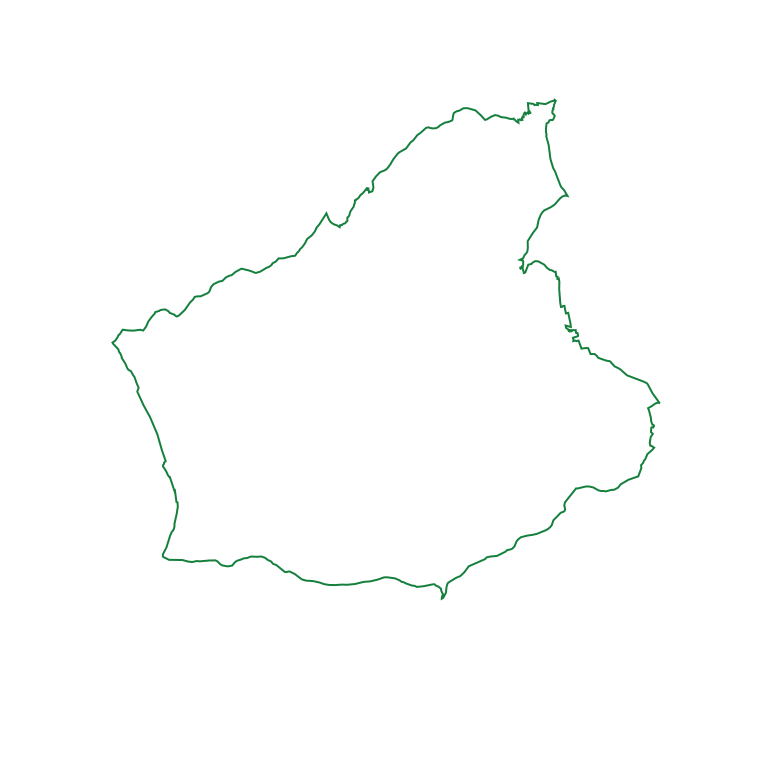 the district of Bustuchin, Gorj, Romania, rotated 66°
{"feature_id": "2599482B71517510314542", "entity_name": "Bustuchin", "entity_type": "district", "adm_level": 2, "iso_a3": "ROU", "parent_name": "Romania", "parent_adm1": "Gorj", "projection": "robinson", "projection_center": [23.713, 44.971], "detail": "fine", "context": "isolated", "style": "outline", "palette": "green", "viewbox_px": 768, "rotation_deg": 66, "n_neighbors": 0, "source": "geoboundaries", "source_scale": "gbopen_adm2", "svg_char_len": 6165}
<svg xmlns="http://www.w3.org/2000/svg" viewBox="0 0 768 768"><g transform="rotate(66 384 384)"><path d="M603.6,418.5L603.4,416.8L599.8,412.3L594.8,409.4L592.7,407.7L591.6,406.1L590.4,397.2L590.5,392.3L588.6,387.1L585.0,380.7L585.1,363.0L584.3,361.2L584.2,360.1L585.1,356.3L587.0,350.8L586.6,341.3L585.8,339.0L586.5,336.2L586.6,333.8L585.4,330.8L581.4,326.6L580.3,323.9L579.7,321.1L580.8,314.7L582.3,309.3L583.1,305.2L583.4,295.5L583.1,292.7L581.9,289.4L581.1,288.1L577.4,284.7L573.5,274.9L573.7,271.8L573.4,270.7L572.1,269.4L568.2,268.7L565.7,266.8L557.5,251.0L558.1,249.9L559.8,241.0L561.0,238.4L563.7,234.8L568.2,231.5L570.2,229.1L570.9,227.2L572.3,225.1L573.2,219.4L574.2,216.9L573.9,212.4L571.9,208.5L570.9,199.7L571.8,189.3L565.6,183.2L562.7,182.1L561.4,179.3L559.9,177.9L558.9,175.8L555.2,171.9L553.1,165.2L552.0,163.1L549.3,164.9L548.6,165.8L545.9,165.2L540.9,161.9L538.9,158.7L536.5,159.7L532.7,157.6L532.4,156.9L533.2,155.7L532.1,154.3L530.9,154.5L530.1,155.4L526.9,155.1L523.6,154.0L516.3,152.7L513.5,152.6L513.1,148.3L512.2,144.2L512.4,141.5L512.6,140.6L513.2,140.4L513.1,140.1L501.5,142.5L491.4,143.2L490.0,143.7L487.8,145.5L475.0,158.4L466.1,162.5L461.6,166.2L455.2,168.3L453.1,171.4L447.2,177.7L444.7,178.2L442.2,179.5L440.7,183.1L434.3,182.9L433.3,184.7L432.0,189.2L423.5,188.6L423.1,190.9L422.2,191.5L421.8,193.6L420.9,193.0L418.6,192.6L419.2,187.5L418.2,186.8L416.2,186.5L415.6,187.7L412.7,187.0L412.7,187.8L411.6,189.2L412.0,191.1L410.8,191.2L410.4,192.1L411.5,193.0L410.7,193.7L409.1,193.5L406.9,194.8L404.5,194.3L407.9,190.1L404.5,189.0L393.9,186.8L393.5,189.1L386.0,187.4L385.6,188.8L385.9,190.0L385.6,191.0L381.6,190.0L368.7,185.4L361.9,182.2L359.0,181.5L359.2,182.2L358.5,182.9L356.7,181.8L355.7,182.9L351.4,181.5L351.3,182.3L348.1,184.7L347.5,185.9L344.6,187.7L340.1,189.1L334.7,193.2L333.3,195.9L333.6,199.1L334.3,200.4L333.7,203.7L339.4,209.4L339.7,210.8L339.6,211.1L335.3,210.4L334.0,211.1L333.6,211.6L334.0,212.3L333.3,212.4L333.0,212.1L333.1,211.0L332.5,209.9L333.0,209.4L332.4,209.3L331.8,208.4L328.6,207.0L327.9,206.9L325.8,209.4L325.8,205.9L323.4,203.2L322.6,201.1L321.3,199.2L318.1,197.2L312.0,194.7L306.6,186.6L303.3,180.5L297.0,176.0L293.2,172.0L291.8,170.0L290.6,167.2L290.3,159.6L289.5,155.1L286.1,147.8L285.3,144.8L285.4,141.9L286.9,139.9L280.3,140.6L276.1,142.0L274.4,142.1L259.7,141.3L255.5,141.6L246.4,140.5L232.7,136.4L223.6,135.0L222.2,134.0L220.1,133.7L216.4,132.1L212.1,129.5L212.0,127.4L210.4,125.6L210.6,124.2L211.4,122.9L211.3,122.0L208.6,119.0L207.3,119.1L205.4,120.0L204.4,119.8L202.5,118.7L202.0,117.5L200.8,117.5L200.1,116.3L197.9,114.9L195.1,111.9L193.7,112.6L194.3,113.5L193.8,116.6L194.0,122.6L189.7,129.7L191.7,130.0L190.4,132.4L190.4,133.1L188.9,133.6L186.0,138.3L193.3,140.8L194.0,140.2L194.7,140.5L195.4,139.9L195.9,140.1L195.5,141.1L195.8,141.9L194.3,142.1L195.0,143.8L193.8,144.5L194.6,144.9L193.5,145.1L193.5,145.5L194.7,146.9L197.0,147.8L197.2,148.4L196.4,148.9L197.7,150.3L199.0,150.2L198.7,151.6L197.5,152.4L197.5,153.4L197.2,153.9L200.0,154.9L197.7,156.4L195.9,156.9L195.5,157.5L194.3,157.6L193.9,159.6L192.1,162.3L190.6,163.8L187.8,168.5L185.2,170.7L183.5,173.2L183.4,177.5L184.1,182.4L183.8,184.3L177.7,186.3L171.2,189.2L166.1,195.3L164.9,198.0L164.4,199.4L164.9,204.0L164.4,206.7L164.8,209.7L165.7,210.8L170.2,213.8L170.9,214.6L170.9,215.8L170.8,218.8L170.0,221.8L170.5,227.6L171.2,229.5L171.5,232.1L170.5,235.2L168.9,237.7L167.7,238.8L167.1,241.3L169.5,248.7L170.2,252.4L173.2,257.9L174.1,261.5L177.8,268.0L178.5,275.4L179.1,277.8L182.5,284.1L186.0,289.0L188.6,293.7L189.1,296.1L188.9,301.5L191.1,306.9L194.1,312.0L200.2,313.7L203.2,316.2L202.9,319.8L200.9,319.1L199.9,320.3L199.1,319.8L198.8,319.0L198.1,319.9L201.0,325.5L201.9,328.8L203.6,331.5L204.1,333.2L204.1,334.3L204.6,334.8L204.4,335.9L206.9,337.1L208.2,338.6L209.6,339.5L212.6,344.4L216.0,347.3L216.7,348.4L217.0,349.7L220.3,351.3L220.4,352.3L221.4,354.1L221.1,356.4L221.7,357.7L221.1,359.5L222.7,360.7L219.9,362.5L217.7,364.9L214.4,366.9L211.4,367.4L204.7,367.2L211.9,378.1L213.7,382.0L216.5,385.1L218.9,389.7L220.3,395.3L223.3,398.9L225.7,403.0L226.7,405.9L227.9,407.5L229.1,410.6L230.6,412.8L230.3,414.7L229.6,416.3L228.3,424.7L226.4,429.2L228.1,432.9L228.4,436.7L229.5,438.3L230.2,441.1L230.1,444.2L231.0,451.5L230.5,455.4L229.9,456.8L228.4,457.9L225.3,461.3L221.0,466.8L220.7,467.7L221.2,474.0L222.6,478.9L222.2,481.4L222.3,485.0L224.1,489.8L223.3,493.2L223.5,499.1L225.1,502.5L228.5,505.9L229.3,508.2L229.3,515.9L227.8,519.4L227.5,521.6L229.2,524.1L230.7,528.1L235.3,535.8L238.0,543.3L238.1,545.7L237.3,546.5L235.2,547.5L231.9,550.8L229.8,551.3L226.8,553.6L225.5,558.0L225.8,559.7L225.3,563.7L226.5,565.0L228.3,569.1L231.2,574.1L234.7,577.8L237.2,582.2L235.2,584.9L233.4,591.1L230.7,596.5L228.1,600.6L231.2,605.5L231.3,606.6L233.3,608.9L235.2,612.1L235.7,615.2L237.3,615.0L244.2,612.6L247.0,613.0L248.6,612.5L252.2,612.5L253.3,613.0L260.3,612.0L265.2,612.1L267.1,611.7L269.3,610.0L274.7,609.5L275.7,609.1L283.6,609.7L287.5,609.6L290.6,612.5L305.7,612.3L319.1,611.2L337.7,611.5L354.1,613.8L365.7,614.8L366.4,616.9L367.7,617.7L368.4,619.1L369.4,619.4L374.7,618.5L379.2,618.5L382.3,617.8L382.3,617.5L397.2,619.0L396.9,618.5L406.7,621.4L407.5,621.6L408.2,620.8L412.1,622.2L418.3,626.2L426.5,632.3L429.3,633.6L431.5,635.4L432.8,638.0L435.7,641.2L444.9,649.3L449.5,655.1L451.3,656.1L452.2,656.0L457.2,651.9L462.8,639.8L466.5,635.2L468.6,631.7L469.6,627.0L471.1,624.4L474.2,615.3L476.6,609.7L478.3,608.3L482.2,606.8L483.8,605.7L486.8,601.4L487.5,599.5L488.1,596.5L486.2,592.7L485.7,590.2L486.2,586.3L486.2,583.3L487.3,579.7L487.5,575.8L490.4,569.8L491.7,566.2L494.6,563.2L497.1,562.0L500.3,559.3L503.0,558.6L505.8,555.9L515.3,551.1L516.0,550.0L516.5,547.3L517.1,546.3L521.3,542.8L529.0,538.6L531.9,535.2L535.3,528.8L539.3,523.4L542.5,520.1L545.3,515.8L547.9,510.2L550.2,503.9L552.3,499.7L554.9,491.9L556.5,483.1L558.7,476.9L560.1,469.4L560.7,462.4L562.1,459.3L566.2,452.8L569.9,449.5L572.1,448.2L572.9,446.8L575.1,445.1L579.7,440.2L580.9,438.0L582.7,436.6L584.9,429.9L586.8,421.2L587.5,419.3L589.6,418.4L590.9,416.9L594.0,415.3L596.4,415.8L600.2,415.7L602.1,417.7L603.6,418.5Z" fill="none" stroke="#15803d" stroke-width="2"/></g></svg>